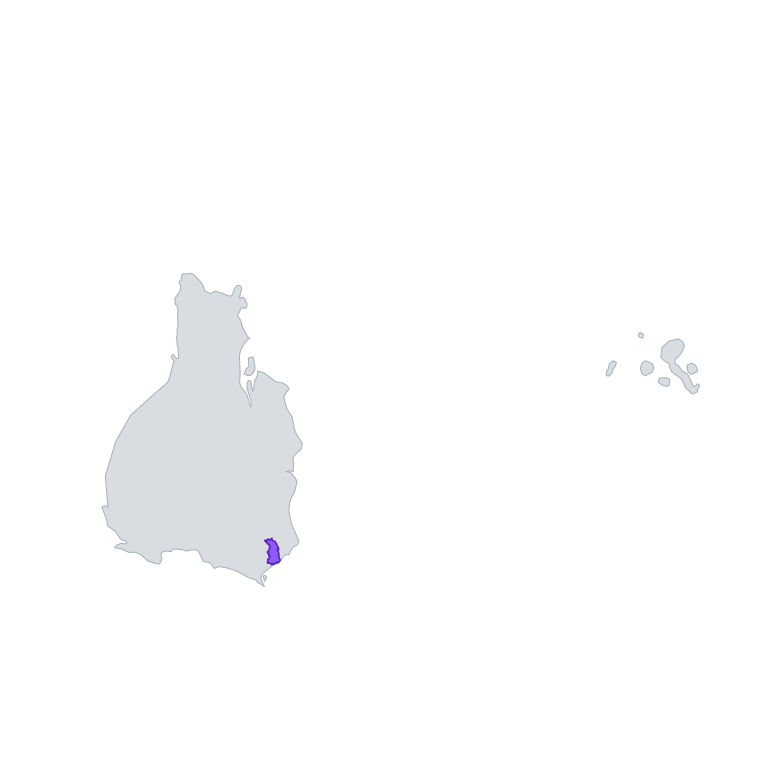 Rioverde, Esmeraldas, Ecuador (highlighted), rotated 164°
{"feature_id": "8360857B16857875434642", "entity_name": "Rioverde", "entity_type": "district", "adm_level": 2, "iso_a3": "ECU", "parent_name": "Ecuador", "parent_adm1": "Esmeraldas", "projection": "equal_earth", "projection_center": [-79.313, 0.83], "detail": "fine", "context": "in_parent", "style": "filled", "palette": "violet", "viewbox_px": 768, "rotation_deg": 164, "n_neighbors": 0, "source": "geoboundaries", "source_scale": "gbopen_adm2", "svg_char_len": 7442}
<svg xmlns="http://www.w3.org/2000/svg" viewBox="0 0 768 768"><g transform="rotate(164 384 384)"><path d="M687.9,300.8L685.9,302.6L680.8,303.3L676.8,301.6L675.2,301.6L675.0,303.4L680.3,307.9L682.7,316.0L686.4,320.9L688.7,323.3L688.9,325.0L688.2,328.2L688.0,330.9L689.2,343.2L688.4,343.9L685.6,343.9L683.3,341.8L677.3,372.2L657.9,402.4L636.0,423.9L610.7,436.3L592.0,444.9L589.1,448.2L580.0,463.4L579.6,464.9L580.9,467.5L581.0,469.1L579.6,470.2L578.4,470.3L577.9,469.5L577.5,467.7L576.3,465.8L574.8,465.3L574.0,465.7L573.9,467.4L572.0,475.6L572.0,479.6L571.2,481.2L571.2,484.7L569.3,488.1L567.9,493.5L566.4,495.3L564.4,503.8L561.6,512.2L561.4,515.1L562.2,517.2L562.6,518.9L561.3,524.1L554.8,529.2L553.1,531.7L552.4,534.5L552.8,536.9L552.7,538.9L550.6,539.6L548.4,544.4L546.8,545.5L542.7,543.9L539.7,543.8L537.4,542.4L532.7,534.3L531.0,529.5L530.5,522.9L525.9,518.7L520.0,519.8L518.3,518.2L513.9,515.5L510.1,512.3L507.3,510.7L505.2,511.5L501.6,516.8L498.2,519.1L496.7,519.0L494.7,517.4L494.3,515.6L499.4,506.4L495.6,506.2L494.3,504.2L494.2,501.9L493.5,499.4L494.3,496.4L496.2,494.8L499.2,496.1L501.2,496.2L502.6,493.4L505.3,491.2L505.8,489.8L504.4,485.3L504.0,482.8L504.4,481.4L504.3,476.5L503.4,474.7L503.4,472.0L502.6,470.5L502.3,467.1L500.4,465.3L506.5,462.1L508.7,459.6L511.5,457.3L513.8,453.7L515.4,450.3L519.1,434.7L522.5,424.7L521.9,420.0L519.1,413.6L518.4,404.1L518.7,401.3L518.3,399.1L516.4,403.0L516.9,417.0L515.2,423.2L512.9,424.7L511.3,423.6L512.2,413.5L510.5,415.3L507.7,422.2L503.2,427.3L503.0,429.0L501.9,431.1L498.4,429.2L495.7,427.1L487.0,415.6L481.3,413.2L477.8,409.2L477.1,407.5L476.7,405.2L480.2,402.8L483.8,399.6L484.2,392.4L484.1,386.8L481.4,377.3L482.6,364.8L482.0,359.9L478.9,349.5L481.2,344.3L489.3,340.5L491.8,338.0L493.7,329.7L495.5,324.8L499.1,326.8L502.0,326.6L498.1,324.7L495.0,317.3L494.5,313.9L500.5,303.8L503.6,301.1L507.5,295.8L510.7,287.7L511.5,274.9L510.2,265.8L509.2,256.1L511.1,253.6L516.1,252.3L520.1,249.2L522.1,246.3L526.9,246.8L532.4,242.3L541.1,240.1L553.4,235.0L556.1,230.5L554.9,222.5L559.5,227.3L561.5,231.1L567.8,235.4L575.3,243.0L580.2,246.9L585.5,250.4L593.2,254.1L597.9,253.5L600.0,259.2L601.7,260.9L606.2,262.8L606.7,263.5L608.4,274.2L609.4,275.7L613.2,277.4L617.9,278.0L619.9,277.7L624.0,280.6L630.5,283.0L632.7,283.3L633.8,282.9L634.2,281.8L636.1,282.0L638.9,283.4L642.9,283.7L645.4,282.4L645.9,276.5L646.9,275.2L649.7,273.0L651.2,273.4L658.8,278.1L660.3,279.8L662.2,283.0L665.8,287.9L669.6,291.0L675.6,292.3L681.3,297.4L687.9,300.8ZM93.0,294.2L95.3,297.4L96.6,306.6L104.0,316.4L105.0,321.8L104.3,324.3L104.7,325.3L108.2,329.1L110.6,333.2L106.7,342.6L98.3,346.6L89.3,346.4L87.6,345.4L85.1,341.8L84.7,338.6L86.1,335.5L90.7,330.9L97.7,326.7L98.6,323.5L95.8,320.4L93.8,314.2L89.4,309.9L87.2,296.6L85.7,296.0L82.6,297.8L81.2,296.2L80.9,295.4L84.2,292.3L84.8,290.2L89.7,289.2L91.7,290.9L93.0,294.2ZM127.9,334.1L125.9,334.2L120.2,329.4L120.5,324.6L122.9,321.4L130.3,319.8L133.4,322.8L133.2,328.5L130.6,332.7L128.6,333.4L127.9,334.1ZM507.6,444.5L506.9,446.4L503.3,446.2L502.3,445.6L503.2,436.4L504.2,433.5L507.1,430.6L509.5,429.2L512.6,429.5L515.9,432.1L512.0,436.8L509.0,438.1L507.6,444.5ZM87.3,318.6L83.5,319.4L80.4,317.7L79.1,315.1L78.8,311.0L79.0,309.7L86.0,308.3L88.3,311.6L88.2,316.6L87.3,318.6ZM162.0,341.1L157.6,343.2L155.1,341.3L154.9,340.0L157.3,336.9L159.7,335.2L161.8,331.7L165.7,329.6L166.8,330.0L167.6,330.8L167.9,332.0L166.6,334.9L164.2,336.9L162.0,341.1ZM119.0,312.2L117.2,313.7L110.2,312.0L108.0,309.1L109.8,305.1L111.3,303.5L115.5,305.0L119.7,309.4L119.0,312.2ZM124.6,362.6L123.1,362.7L121.0,360.6L122.6,356.7L125.5,358.7L126.3,360.2L124.6,362.6ZM553.0,232.7L551.0,233.0L550.0,230.6L552.5,227.8L553.4,227.3L553.0,232.7Z" fill="#d9dde1" stroke="#a8b0b8" stroke-width="1"/><path d="M541.9,241.3L541.8,241.1L541.7,241.1L541.1,241.5L540.7,241.6L540.4,241.7L540.2,241.6L540.1,241.4L540.1,241.2L539.5,241.2L539.5,241.3L539.4,241.2L539.0,241.4L538.9,241.4L538.9,241.5L538.9,241.4L538.6,241.4L538.4,241.2L537.4,241.7L537.3,241.8L537.3,241.7L537.0,241.8L536.9,241.8L536.7,241.8L536.4,241.9L536.2,241.8L535.8,241.9L535.7,241.9L535.4,241.8L535.3,241.6L535.2,241.5L535.1,241.2L534.8,241.3L534.7,241.4L534.3,241.6L534.4,241.8L533.9,241.7L533.8,241.8L533.7,241.9L533.0,242.5L532.9,242.6L532.6,242.9L532.5,243.0L532.4,243.3L532.4,243.5L532.4,243.8L532.3,244.1L532.4,244.3L532.4,244.5L532.5,244.6L532.5,244.8L532.5,245.0L532.6,245.3L532.7,245.6L532.6,245.8L532.7,246.0L532.7,246.3L532.7,246.2L532.8,246.3L532.8,246.6L532.7,246.7L532.7,246.9L532.8,247.0L532.7,247.2L532.7,247.3L532.7,247.5L532.4,247.6L532.3,248.1L532.3,248.4L532.2,248.5L532.0,248.9L532.0,249.1L531.8,249.6L531.8,249.9L532.0,250.1L532.0,250.4L531.9,250.5L531.9,250.8L531.9,251.0L531.7,251.2L531.7,251.4L531.7,251.8L531.8,252.1L531.8,252.3L532.2,252.8L532.3,253.1L532.4,253.5L532.3,253.8L532.0,254.1L531.9,254.2L531.8,254.4L531.7,254.4L531.4,254.5L531.3,254.4L531.2,254.1L530.9,253.9L530.8,254.0L530.7,254.2L530.6,254.4L530.6,255.1L530.9,255.4L530.7,255.9L530.9,256.3L531.1,256.7L531.1,257.2L531.0,257.3L531.0,257.7L531.2,257.9L531.2,258.2L531.3,258.8L531.4,259.4L531.4,259.5L531.3,259.9L531.4,260.1L531.5,260.3L531.5,260.6L531.5,261.0L531.8,261.3L531.9,261.7L532.1,262.0L532.1,262.4L532.2,262.7L532.4,263.0L532.5,263.2L532.7,263.3L533.3,263.4L533.7,263.6L533.9,263.7L534.0,264.0L534.2,264.6L534.4,264.8L534.3,265.0L534.5,265.3L534.4,265.6L534.5,266.0L534.3,266.3L534.3,266.6L534.5,266.6L534.5,266.4L534.5,266.2L534.8,266.0L534.9,265.9L535.0,265.7L535.3,265.6L535.6,265.8L535.6,265.7L535.8,265.5L536.0,265.4L536.1,265.7L536.1,265.8L536.3,265.7L536.4,265.8L536.6,265.7L536.9,265.7L537.0,265.6L537.4,266.0L537.6,266.2L537.7,266.4L537.8,266.4L538.1,266.8L538.4,266.8L538.6,266.4L538.9,266.2L539.1,266.2L539.2,266.4L539.8,266.3L539.9,266.2L540.0,265.7L540.3,265.8L540.7,266.2L541.0,266.6L541.3,266.6L541.5,266.5L541.6,266.4L541.6,266.2L541.8,266.1L541.7,265.9L541.5,265.6L541.4,265.4L541.2,265.3L541.0,265.2L541.0,264.8L541.0,264.5L540.9,264.4L540.6,264.3L540.6,263.8L540.3,263.6L540.2,263.6L540.2,263.2L539.9,263.0L540.0,262.8L540.0,262.7L539.9,262.4L539.7,262.0L539.4,261.9L539.2,262.0L539.0,261.8L539.0,261.6L538.9,261.3L538.8,261.2L538.6,261.2L538.6,260.8L538.5,260.5L538.6,260.1L538.5,259.9L538.7,259.7L538.5,259.3L538.5,259.2L538.9,259.1L538.9,258.8L539.0,258.6L539.0,258.3L539.2,258.2L539.3,257.8L539.4,257.7L539.5,257.4L539.8,257.0L539.8,256.9L540.0,256.8L540.3,256.6L540.4,256.1L540.5,255.9L541.0,255.8L541.2,255.2L541.7,255.0L541.8,254.8L542.1,254.8L542.3,254.8L542.4,254.5L542.6,254.2L542.3,253.7L542.2,253.1L541.9,252.8L541.6,252.8L541.5,252.5L541.6,252.3L541.6,252.2L541.8,252.0L541.8,251.8L541.9,251.5L541.8,251.2L542.1,250.8L542.1,250.7L541.9,250.6L541.9,250.3L541.7,250.1L541.4,250.1L541.2,249.9L541.1,249.6L541.1,249.4L541.6,249.2L541.9,249.0L542.0,248.9L542.1,248.7L542.4,248.2L542.5,248.1L542.9,247.9L543.0,247.8L543.2,247.5L543.3,247.5L543.5,247.5L543.9,247.7L544.1,247.5L544.1,247.0L544.3,246.7L544.3,246.4L544.5,246.1L544.7,245.5L544.8,245.4L545.0,245.3L545.0,245.2L545.2,244.9L545.2,244.7L545.1,244.8L545.1,244.7L544.9,244.5L544.8,244.4L544.7,244.3L544.7,244.2L544.5,243.8L544.4,243.8L544.3,243.6L544.1,243.5L544.0,243.3L543.9,243.3L543.6,243.3L543.3,243.1L543.2,243.0L542.9,242.9L542.7,242.9L542.6,242.6L542.4,242.6L542.2,242.7L541.9,242.4L541.8,242.2L541.6,242.2L541.6,241.9L541.6,241.7L541.6,241.8L541.6,241.6L541.8,241.5L541.8,241.4L541.9,241.3Z" fill="#8b5cf6" stroke="#5b21b6" stroke-width="1.5"/></g></svg>